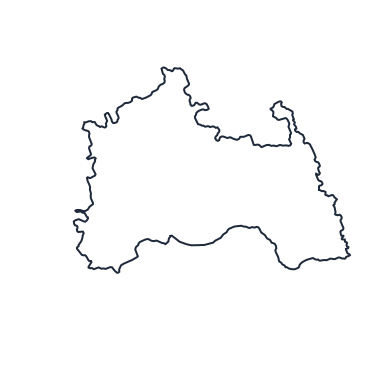 Yizre'el, HaZafon, Israel (Natural Earth projection), rotated 335°
{"feature_id": "584046B83064859640631", "entity_name": "Yizre'el", "entity_type": "district", "adm_level": 2, "iso_a3": "ISR", "parent_name": "Israel", "parent_adm1": "HaZafon", "projection": "natural_earth1", "projection_center": [35.352, 32.606], "detail": "fine", "context": "isolated", "style": "outline", "palette": "slate", "viewbox_px": 384, "rotation_deg": 335, "n_neighbors": 0, "source": "geoboundaries", "source_scale": "gbopen_adm2", "svg_char_len": 5999}
<svg xmlns="http://www.w3.org/2000/svg" viewBox="0 0 384 384"><g transform="rotate(335 192 192)"><path d="M72.4,168.8L71.7,171.0L71.9,172.7L73.3,173.9L73.5,175.2L73.1,176.1L71.9,177.2L71.4,178.8L71.9,180.1L76.4,181.8L76.4,183.6L74.8,185.0L72.9,187.7L70.8,189.8L66.7,192.2L66.4,193.1L64.2,193.8L63.8,194.8L65.6,202.4L66.6,203.4L68.3,204.0L69.0,205.6L69.3,210.0L69.8,211.2L71.4,212.0L71.2,213.1L66.7,216.0L66.3,216.9L67.5,218.0L69.3,218.8L70.5,220.5L75.5,220.9L77.2,223.0L80.0,224.2L81.2,225.2L85.9,225.5L87.6,226.3L88.8,231.0L90.0,233.6L91.0,233.9L92.4,233.6L93.2,231.5L96.6,228.5L99.7,228.1L109.1,228.3L114.7,227.8L115.7,227.4L116.3,220.0L118.0,218.2L120.8,217.4L121.9,216.0L123.6,215.3L128.9,215.3L131.5,215.7L132.9,216.6L134.3,218.7L136.2,220.2L139.4,221.1L143.3,225.5L144.8,226.5L145.8,228.0L149.5,227.0L151.6,224.2L153.4,223.4L153.6,222.6L155.2,223.0L159.8,231.9L165.3,237.3L169.0,240.1L180.7,245.2L189.7,246.8L192.7,245.9L198.6,245.7L202.4,243.7L206.3,243.1L208.5,241.6L209.9,241.0L215.8,241.2L222.4,243.4L224.3,245.2L226.2,246.2L228.4,248.6L229.2,249.0L231.6,249.2L233.7,250.7L236.1,251.0L237.0,251.8L237.6,253.7L237.6,257.9L239.8,261.7L240.4,265.7L242.5,268.6L242.7,271.5L245.1,273.9L245.3,276.4L244.6,278.7L243.0,279.9L242.5,281.6L242.6,287.5L241.7,291.4L242.1,292.5L243.0,293.8L243.2,295.6L244.8,297.7L245.0,299.7L246.1,300.2L247.5,302.3L249.1,303.7L252.3,305.4L256.0,305.6L257.4,305.2L258.3,303.9L259.6,303.1L262.1,302.2L267.0,301.9L272.3,302.7L273.9,303.1L275.1,305.1L276.9,306.3L277.8,306.5L278.1,307.5L279.1,308.4L282.8,309.4L285.2,310.7L289.2,310.8L293.0,313.2L297.1,313.2L298.4,314.0L299.7,315.6L300.8,316.0L302.2,317.0L303.0,317.0L304.3,316.0L307.4,316.2L308.5,315.9L308.2,314.8L307.0,313.2L307.2,309.4L307.5,308.6L309.7,308.9L310.5,308.0L309.5,306.8L309.5,305.7L310.0,304.7L311.0,303.8L310.7,302.7L309.7,301.7L310.4,299.6L308.2,298.5L307.9,297.8L308.2,297.2L310.5,296.2L310.7,295.6L309.0,294.8L309.0,293.3L309.7,290.7L310.3,290.2L312.5,290.0L313.4,289.6L314.0,288.7L314.3,281.2L314.8,280.2L316.3,279.3L317.0,278.3L317.0,276.5L316.1,274.9L314.1,274.6L313.9,274.2L312.8,273.6L312.3,272.6L313.6,270.9L314.8,265.9L314.5,263.9L315.0,263.5L316.2,263.3L316.7,261.9L320.2,259.8L318.9,257.1L318.5,254.6L317.7,253.9L313.8,253.5L313.2,252.2L312.1,251.6L311.7,250.7L312.7,249.3L313.0,248.2L311.4,246.6L309.9,246.0L308.9,244.5L307.9,243.9L309.5,240.5L310.5,240.2L311.9,240.6L313.5,240.0L313.9,239.2L313.9,238.1L313.2,236.5L312.1,235.7L311.5,234.0L311.8,228.5L312.3,227.9L313.7,229.9L314.8,229.8L315.9,228.9L315.7,227.2L316.1,224.4L316.8,223.2L318.1,223.0L318.9,222.4L319.2,219.9L318.9,218.4L317.3,217.1L316.7,215.9L316.7,214.5L318.6,213.1L319.0,211.1L319.2,205.2L319.0,198.6L317.5,196.3L314.6,195.6L314.2,194.3L314.7,192.8L316.5,191.3L316.6,187.2L314.4,184.2L313.9,182.6L312.2,181.8L311.4,180.1L311.8,178.7L313.4,178.7L313.8,176.9L313.1,173.8L314.4,172.7L314.5,171.4L313.9,169.8L314.3,169.1L315.0,169.1L315.4,164.6L316.6,163.4L317.0,161.4L314.0,157.2L312.8,156.6L311.8,154.1L310.5,153.5L309.4,151.9L310.0,149.8L311.2,148.8L310.8,147.4L309.1,146.8L304.0,147.1L301.5,149.5L298.4,149.8L298.2,150.6L299.1,151.7L299.6,154.0L297.4,157.6L299.6,160.5L300.0,162.3L301.1,163.4L307.9,164.5L308.7,165.2L309.2,167.4L309.1,171.2L307.0,173.7L306.7,180.6L306.2,181.1L305.0,181.5L303.9,184.0L302.2,185.4L302.3,190.2L300.9,191.2L299.0,191.0L297.4,189.7L294.0,188.4L291.6,186.5L288.4,186.3L287.0,185.7L286.0,184.6L283.2,183.6L281.7,181.8L279.1,180.9L274.3,180.8L273.6,180.1L273.0,178.2L271.8,176.9L268.7,175.9L267.9,175.3L268.9,166.4L268.5,165.1L267.1,164.1L262.3,163.9L259.1,162.4L257.4,163.6L255.0,163.8L252.1,161.4L249.8,158.5L246.8,158.0L244.1,155.2L242.7,154.3L240.4,154.4L238.5,156.5L237.0,156.6L235.9,155.0L235.8,152.9L236.9,151.8L238.9,151.1L240.1,149.8L242.2,148.9L243.0,147.3L242.4,144.2L240.7,143.9L239.7,142.2L238.4,141.3L235.7,140.7L234.8,139.4L234.1,139.0L231.5,138.4L230.3,136.6L229.2,136.3L228.1,134.7L226.1,133.0L226.0,126.4L226.4,125.0L228.1,123.8L229.6,122.0L232.4,121.3L235.2,121.4L237.1,121.8L238.5,123.4L240.9,124.0L242.3,123.6L242.5,122.4L242.5,118.9L241.6,117.3L240.6,116.8L236.8,116.6L235.6,115.8L234.2,113.2L233.0,112.7L230.7,114.2L228.8,114.1L227.9,113.6L227.6,111.6L228.1,110.6L228.3,108.4L229.1,107.1L230.5,106.3L230.8,104.4L230.1,102.6L229.1,102.0L228.3,100.9L227.6,98.9L228.0,95.9L229.2,94.7L233.3,94.0L234.7,93.3L235.1,92.4L235.3,87.1L236.1,83.9L235.5,82.8L235.2,78.0L233.6,75.4L233.5,74.8L231.3,74.2L228.5,72.4L227.6,72.6L226.4,73.8L225.3,74.1L224.4,73.8L224.2,72.8L221.5,71.0L220.7,69.0L219.3,67.3L217.9,67.0L216.5,67.3L215.6,72.6L216.4,74.2L216.1,76.1L214.6,77.8L214.3,79.6L213.3,81.2L211.3,81.7L209.1,81.5L206.6,82.2L204.6,84.2L202.8,84.7L198.4,84.6L196.3,86.4L195.0,86.8L190.6,87.0L186.8,86.7L185.8,86.4L184.8,84.7L183.7,84.2L181.8,82.0L178.2,81.5L177.2,82.0L176.2,83.9L174.1,84.5L171.8,84.2L168.7,83.1L165.1,84.2L160.5,84.5L159.8,84.9L158.9,86.5L157.6,87.1L157.1,88.4L157.1,93.0L156.5,94.3L155.1,95.1L154.2,96.4L152.9,97.0L150.5,96.6L149.7,96.1L149.2,94.1L149.7,92.3L149.6,86.5L149.3,85.0L148.5,84.5L145.7,85.0L145.3,87.0L145.2,91.6L142.9,93.6L142.2,96.2L141.1,96.8L140.0,96.6L137.8,94.2L136.1,94.2L135.6,93.2L133.8,91.1L133.4,87.5L131.1,86.5L130.4,85.1L128.4,84.3L125.2,84.0L123.8,83.3L123.3,84.6L121.8,85.7L120.6,87.6L119.6,88.1L120.0,89.3L121.2,90.8L123.6,92.8L124.0,94.1L123.8,95.6L123.0,96.6L121.9,98.7L121.4,106.1L120.5,107.2L118.1,107.5L117.1,109.1L116.5,115.0L115.6,115.8L111.7,116.6L111.1,117.0L111.8,118.4L116.5,118.9L118.3,119.6L118.9,120.8L117.5,121.9L117.2,123.2L114.5,125.0L111.9,128.3L112.1,135.2L111.0,136.1L106.0,136.4L105.1,136.1L103.8,134.6L102.8,134.8L102.1,137.7L102.0,142.5L101.6,144.8L100.5,146.7L99.7,150.9L98.8,152.2L97.7,154.9L97.6,160.2L97.0,161.2L92.8,162.1L90.1,163.9L87.5,164.1L85.3,163.3L83.1,161.1L80.1,159.7L78.9,159.5L78.4,159.7L78.8,161.1L79.3,161.5L82.9,162.6L84.1,164.5L85.8,165.6L86.2,170.1L86.9,170.9L86.6,172.1L83.9,173.6L82.7,173.8L81.6,173.0L77.9,168.8L74.4,168.3L72.4,168.8Z" fill="none" stroke="#1e293b" stroke-width="2"/></g></svg>